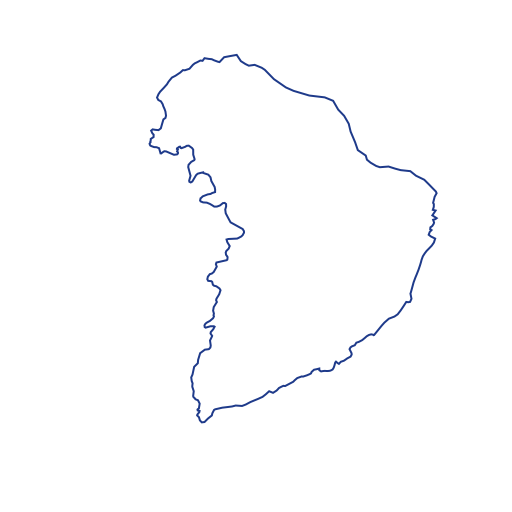 outline of Macenta, Macenta, Guinea, rotated 26°
{"feature_id": "49546643B89321000346935", "entity_name": "Macenta", "entity_type": "district", "adm_level": 2, "iso_a3": "GIN", "parent_name": "Guinea", "parent_adm1": "Macenta", "projection": "albers", "projection_center": [-9.435, 8.32], "detail": "fine", "context": "isolated", "style": "outline", "palette": "blue", "viewbox_px": 512, "rotation_deg": 26, "n_neighbors": 0, "source": "geoboundaries", "source_scale": "gbopen_adm2", "svg_char_len": 5512}
<svg xmlns="http://www.w3.org/2000/svg" viewBox="0 0 512 512"><g transform="rotate(26 256 256)"><path d="M389.4,119.2L384.6,117.5L380.2,115.9L373.8,113.7L364.6,113.7L357.5,112.1L348.4,115.4L342.7,116.5L335.9,117.5L328.4,121.9L324.6,122.4L318.1,121.9L313.5,120.8L310.6,117.6L301.1,116.2L295.2,110.3L286.5,102.7L281.4,96.5L273.8,91.4L265.7,88.4L257.3,82.7L248.2,83.3L233.6,88.4L217.4,91.1L209.0,91.4L194.6,89.2L182.3,84.8L178.6,84.3L171.0,84.8L166.1,88.1L165.9,88.1L162.4,88.1L157.0,87.5L150.5,83.7L144.5,88.1L140.2,91.3L138.2,97.7L136.5,98.1L132.4,98.5L130.0,98.5L127.0,99.6L123.0,100.8L122.4,104.0L120.3,104.7L118.1,107.7L116.5,109.7L115.5,111.8L114.1,116.9L110.6,120.3L108.8,121.0L107.5,124.3L104.6,129.3L102.2,132.5L101.0,137.5L100.7,140.7L99.5,145.0L97.8,150.4L97.4,153.4L97.6,157.0L99.8,158.6L102.8,158.7L105.6,160.5L107.0,162.0L109.4,164.0L111.3,165.9L113.6,169.3L114.1,171.6L112.9,173.8L113.7,178.5L114.5,183.0L113.2,185.6L110.0,186.8L107.6,187.5L106.8,189.3L109.0,191.1L110.8,191.8L111.8,194.0L110.1,196.9L110.7,198.3L110.9,199.6L111.3,199.8L111.1,201.7L111.9,202.6L112.7,203.1L113.8,203.1L116.7,202.8L117.6,202.4L118.5,202.0L119.1,201.8L120.8,201.7L121.6,201.6L124.5,204.8L124.7,205.0L125.2,205.6L125.7,205.4L125.8,205.4L127.3,202.5L128.0,202.0L128.0,201.9L129.1,201.5L129.4,201.4L137.9,201.0L139.1,200.2L140.5,199.3L140.8,198.5L140.9,198.1L140.4,197.0L139.9,196.9L139.2,196.6L139.1,194.5L138.6,194.5L138.0,194.5L137.8,193.9L138.8,192.1L138.9,191.9L139.2,191.4L139.9,191.0L140.3,191.3L140.9,191.9L141.3,191.8L141.7,191.8L142.3,191.2L144.5,188.9L145.4,187.4L146.8,186.5L147.2,186.3L148.4,186.5L151.2,187.0L152.9,187.9L155.2,192.5L158.2,195.7L158.4,195.9L158.5,196.9L157.6,198.2L156.5,199.8L155.4,203.6L156.1,205.8L162.0,212.6L162.9,217.6L163.6,218.5L165.1,218.5L166.1,217.0L166.7,209.6L167.4,207.8L167.5,207.6L169.3,206.0L171.3,204.4L171.3,204.6L177.5,203.8L180.6,205.2L183.0,208.2L188.6,212.1L190.2,214.3L190.3,214.5L191.2,216.5L189.0,218.6L188.3,219.6L188.0,220.1L185.6,221.8L182.0,225.7L181.0,228.4L180.9,228.5L181.4,230.6L182.3,231.2L185.0,231.0L188.4,229.6L188.6,229.6L191.8,229.4L194.4,229.6L196.8,229.9L199.2,228.7L200.6,227.3L201.5,226.3L203.1,222.9L203.7,222.6L204.6,222.0L205.3,222.2L206.3,222.4L207.3,224.3L207.4,224.5L208.0,227.8L208.7,228.8L209.4,229.9L210.1,230.9L215.7,235.0L218.4,236.9L232.2,237.6L234.2,238.9L234.3,239.0L235.0,240.3L234.9,241.6L234.9,243.0L234.2,244.9L233.8,245.5L233.7,245.6L232.4,247.4L231.4,248.6L223.6,252.9L223.0,253.5L222.3,254.1L224.0,256.0L224.7,256.5L228.0,258.6L228.1,260.2L228.2,261.3L227.1,264.6L227.3,266.3L227.5,266.5L228.5,268.0L229.9,268.8L230.0,268.8L230.9,269.4L231.2,270.1L231.8,271.8L231.5,272.6L223.3,279.2L223.5,280.5L223.5,280.9L225.4,282.8L225.0,289.0L224.5,290.0L224.1,291.0L223.4,291.7L223.3,291.8L222.4,292.6L222.3,293.4L221.8,295.6L222.4,298.2L223.9,299.3L227.0,298.2L227.7,298.4L228.0,298.5L229.8,300.7L231.3,301.1L233.7,300.6L237.4,301.2L238.2,301.7L238.8,302.1L239.1,302.3L239.7,306.5L239.2,311.7L239.5,313.2L240.4,314.0L241.0,314.5L240.4,320.4L241.4,323.9L243.4,326.2L243.6,326.9L243.6,327.0L243.8,327.9L244.0,328.0L244.7,328.8L244.7,330.7L244.6,331.0L243.0,334.6L242.0,336.0L241.4,336.8L240.9,337.6L240.8,337.8L240.5,338.4L240.1,339.7L240.1,340.6L240.2,341.2L240.5,341.5L241.1,342.4L241.7,342.4L242.1,342.5L245.9,339.1L249.0,337.6L249.8,337.7L249.7,339.6L249.7,340.5L249.6,340.9L248.7,344.2L249.1,345.6L251.6,347.0L251.7,347.8L251.7,348.4L251.7,352.1L254.5,356.2L254.9,357.4L254.9,357.5L255.1,358.3L254.5,360.3L254.3,360.5L253.4,361.1L251.1,362.6L248.4,367.8L249.5,374.7L250.7,377.9L249.0,382.7L250.9,390.4L251.0,393.5L253.0,396.5L253.5,397.0L254.8,398.2L255.7,400.7L256.1,401.5L259.3,404.8L260.9,409.4L261.7,410.2L261.8,410.3L262.1,410.4L263.1,410.6L264.4,411.3L267.1,411.1L270.1,413.4L271.5,418.1L271.1,418.7L271.0,418.9L270.9,419.1L270.7,419.6L271.3,420.4L273.2,420.0L273.5,421.2L273.0,423.2L272.8,424.3L273.0,425.1L275.4,425.9L277.6,428.3L280.2,429.3L282.5,427.8L284.1,423.1L286.2,418.7L285.7,416.4L285.8,412.7L286.5,411.7L292.2,407.1L297.0,404.0L300.5,401.7L303.3,399.3L309.2,396.9L311.9,394.0L313.7,391.5L315.1,389.6L317.4,387.0L320.7,383.3L322.0,381.7L323.6,379.8L325.4,376.1L327.1,371.8L331.3,371.5L332.9,368.9L333.5,367.9L334.0,366.4L334.5,364.6L336.1,362.4L337.5,360.7L339.2,360.1L344.6,352.7L345.2,350.8L346.6,347.6L349.9,344.2L351.1,343.8L354.0,341.0L356.0,338.7L356.9,337.4L356.8,335.8L358.0,332.8L360.2,331.1L362.2,329.4L363.0,330.9L365.1,331.2L366.3,330.3L367.8,329.3L370.8,328.0L372.7,326.8L373.8,325.6L374.6,324.4L374.8,322.3L374.5,320.0L373.9,317.0L374.2,315.9L376.0,316.4L377.8,316.6L378.6,313.9L380.9,311.6L382.1,309.5L382.9,308.0L385.1,305.0L385.2,302.7L384.5,301.5L380.9,298.7L381.0,296.7L381.8,295.2L383.9,292.9L384.2,289.9L386.0,288.2L387.4,286.3L388.3,285.1L389.8,281.8L390.7,279.6L392.1,277.5L392.3,277.3L393.9,275.9L395.8,275.4L396.4,275.6L396.8,275.2L397.9,270.4L399.5,263.5L400.6,259.6L402.9,254.1L407.0,249.7L408.9,246.3L409.9,241.4L410.6,236.4L411.2,231.4L413.1,230.8L414.6,229.7L414.5,226.3L411.3,222.1L411.2,221.2L410.5,217.4L409.2,210.6L408.7,205.5L408.5,202.1L408.1,197.1L407.5,192.4L406.9,188.8L406.5,186.9L406.1,183.1L406.5,179.7L407.1,176.7L408.2,173.4L409.4,169.7L410.0,165.9L409.4,161.8L404.8,161.8L401.9,161.2L401.6,158.3L402.4,155.8L400.9,155.7L400.2,153.8L401.3,151.7L401.6,149.1L401.4,147.9L399.3,145.8L401.1,144.2L401.8,142.8L396.7,142.2L397.5,136.4L394.7,137.0L394.3,134.0L393.1,131.4L391.9,130.6L390.6,124.5L390.8,120.4L389.4,119.2Z" fill="none" stroke="#1e3a8a" stroke-width="2"/></g></svg>